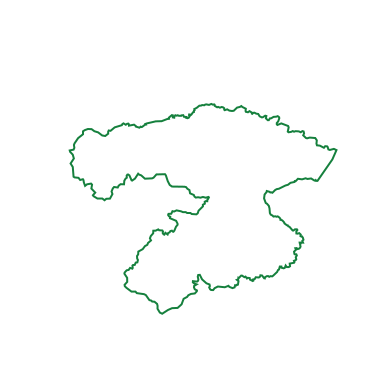 the district of Bafing, Bafing, Ivory Coast, rotated 305°
{"feature_id": "98640826B37750272367318", "entity_name": "Bafing", "entity_type": "district", "adm_level": 2, "iso_a3": "CIV", "parent_name": "Ivory Coast", "parent_adm1": "Bafing", "projection": "albers", "projection_center": [-7.651, 8.455], "detail": "fine", "context": "isolated", "style": "outline", "palette": "green", "viewbox_px": 384, "rotation_deg": 305, "n_neighbors": 0, "source": "geoboundaries", "source_scale": "gbopen_adm2", "svg_char_len": 6094}
<svg xmlns="http://www.w3.org/2000/svg" viewBox="0 0 384 384"><g transform="rotate(305 192 192)"><path d="M179.2,67.9L176.8,69.6L170.8,67.8L164.4,67.9L162.8,68.3L160.7,70.3L158.8,70.7L155.9,68.0L155.0,69.1L154.2,72.9L151.7,76.0L145.7,76.2L144.1,80.0L136.6,86.2L136.6,87.4L138.5,90.9L137.7,93.5L139.9,95.3L139.5,96.3L137.9,97.8L135.7,100.9L138.1,101.6L141.0,104.5L140.7,105.9L137.1,107.6L136.0,113.1L132.5,112.7L132.1,113.8L132.4,118.3L135.2,122.3L135.1,125.1L137.3,125.7L139.5,128.6L144.7,128.0L146.3,125.8L149.5,125.1L151.4,125.3L153.1,128.6L155.1,128.3L157.4,129.0L159.3,131.9L162.4,130.1L164.8,129.9L166.3,130.4L167.9,129.1L169.2,129.1L169.7,129.6L169.7,131.2L166.9,135.8L167.0,136.4L170.2,137.6L176.1,137.4L175.9,138.6L176.5,140.9L175.9,145.8L180.3,151.5L181.7,152.3L186.0,152.8L191.1,159.7L190.6,161.1L187.0,165.9L185.0,169.7L185.0,172.5L192.0,182.8L192.6,184.4L192.0,186.3L192.1,188.8L189.8,191.2L190.6,195.2L189.7,196.6L189.6,198.3L191.2,200.0L192.2,202.2L194.2,203.8L195.2,206.5L197.4,208.3L197.3,208.9L195.5,209.2L194.8,208.9L193.2,209.8L192.4,208.5L191.3,208.0L189.8,209.2L187.8,208.2L186.5,209.2L180.5,208.1L177.8,208.9L176.2,208.4L173.8,204.4L173.9,202.8L172.0,200.0L171.9,198.4L170.3,196.1L169.9,194.1L168.1,189.9L165.7,188.5L165.1,187.0L162.3,187.5L160.6,185.3L159.5,185.6L158.9,187.1L159.3,188.3L157.9,189.0L159.3,195.5L157.8,198.3L156.9,199.0L154.4,198.8L150.3,199.7L148.8,199.6L148.5,198.9L148.8,197.7L147.6,196.7L146.1,196.8L144.7,196.0L143.2,196.4L143.3,193.6L141.2,193.8L141.0,193.0L141.6,191.5L143.0,190.9L143.5,189.8L141.8,187.0L142.0,185.8L139.5,184.4L138.1,182.5L135.9,183.9L132.3,183.5L129.9,184.1L128.8,186.2L125.0,185.2L123.1,185.7L120.7,184.5L116.9,184.4L112.4,182.2L110.0,183.7L108.0,183.7L106.1,185.2L105.3,186.7L103.0,187.6L101.9,186.4L99.4,186.9L98.4,185.6L97.6,185.4L95.8,187.0L95.0,187.1L94.3,184.8L91.8,184.8L90.4,183.4L87.4,183.0L86.3,183.5L84.5,188.1L81.2,190.5L77.3,190.0L76.3,191.0L75.9,193.3L75.7,199.6L78.0,202.8L77.5,204.8L80.8,211.3L81.1,213.3L79.0,219.1L79.7,221.0L79.4,222.2L80.6,224.2L80.3,227.6L79.0,229.1L76.6,230.7L74.8,234.8L75.2,237.4L81.6,240.0L85.4,242.3L88.8,246.7L94.0,247.9L99.7,246.4L103.3,248.2L105.3,248.2L107.9,249.6L110.5,252.5L113.4,252.9L114.2,252.5L113.9,250.1L115.0,248.3L116.3,247.6L119.0,248.8L118.3,246.0L118.5,244.5L119.5,243.9L121.5,247.5L122.8,247.9L124.1,247.3L125.9,245.3L127.6,244.7L128.6,245.9L126.2,250.4L125.5,256.2L126.3,259.4L125.2,260.6L123.7,260.8L122.7,262.7L122.7,263.9L123.8,265.6L126.2,265.7L129.4,267.4L132.8,273.5L136.1,275.7L135.7,276.9L136.5,280.3L138.3,281.6L140.3,280.8L140.6,281.7L141.5,281.7L142.1,282.7L142.6,282.7L145.7,281.2L145.8,279.2L146.9,279.9L148.3,279.2L148.3,279.7L151.7,280.2L152.2,280.9L152.3,283.8L153.4,284.4L152.7,286.6L153.6,286.8L154.6,288.6L153.5,289.8L153.9,292.8L154.6,293.1L155.3,292.1L156.7,293.3L158.7,293.1L160.3,295.8L161.8,296.3L163.0,295.8L163.8,297.3L162.7,300.6L163.0,301.2L163.9,300.6L166.0,301.6L166.8,302.6L166.8,303.9L168.1,304.6L168.9,306.1L170.1,306.5L175.4,307.6L177.3,307.2L178.4,307.7L181.3,306.7L182.2,308.0L181.3,308.8L182.1,310.9L183.1,311.5L185.5,310.9L184.9,312.7L186.0,314.3L187.4,314.9L189.4,313.1L192.6,316.2L193.4,316.1L194.1,315.0L195.7,316.0L196.7,316.0L198.1,314.4L200.1,314.3L200.8,313.2L200.0,312.2L200.0,311.4L201.7,309.8L204.4,310.3L205.2,308.9L206.1,309.9L205.7,311.1L206.8,312.1L208.5,312.5L209.7,312.1L210.9,310.7L212.5,310.6L212.0,309.5L212.3,309.2L214.2,312.0L215.2,310.4L216.8,310.7L218.2,309.0L218.7,307.6L218.2,307.2L218.1,306.1L219.5,305.5L219.8,303.4L218.5,302.5L217.9,301.3L219.5,300.1L221.3,300.1L221.6,299.3L220.4,297.7L218.6,297.2L218.2,296.5L219.4,291.8L219.1,290.5L219.6,289.6L219.2,288.8L219.3,285.7L219.9,285.1L220.4,283.0L220.5,281.7L219.9,280.4L220.8,279.7L221.2,278.2L221.2,276.2L220.2,275.4L219.9,274.2L218.6,272.8L218.9,271.4L218.6,269.5L219.4,267.9L223.0,264.9L224.7,262.9L225.4,260.2L225.3,258.7L228.1,254.7L231.6,252.9L234.7,253.1L235.7,252.7L236.6,255.3L236.5,256.4L237.1,256.9L237.5,258.3L241.4,259.0L243.0,259.8L244.5,261.3L250.9,264.8L253.0,266.5L256.0,267.4L259.0,270.2L259.9,269.9L260.4,270.7L263.6,271.2L265.5,274.9L268.4,277.2L268.9,279.1L271.4,281.8L271.6,285.6L271.9,286.4L272.7,286.5L272.4,287.4L273.1,288.4L299.2,288.3L309.2,286.3L308.7,283.5L305.5,280.8L305.1,279.3L306.7,277.3L306.9,276.5L305.9,274.8L303.9,274.7L303.3,270.1L301.9,267.6L303.0,266.2L305.9,264.6L306.9,262.0L304.1,257.2L302.0,255.5L301.6,254.4L302.2,250.6L304.3,250.2L305.6,248.7L305.2,247.5L303.3,246.8L302.9,244.7L301.2,241.9L299.9,241.0L299.7,239.6L298.1,238.7L296.3,236.8L296.4,235.8L300.4,234.1L301.2,232.9L299.4,225.8L295.9,223.5L296.1,222.6L297.1,221.9L299.3,222.1L302.5,221.2L303.2,220.5L303.3,218.7L302.0,217.8L300.3,215.7L297.8,214.6L297.0,213.6L294.9,213.7L294.3,212.9L294.7,210.3L296.9,209.3L296.5,208.2L294.0,207.2L293.2,206.5L292.8,204.0L293.9,201.5L293.0,199.6L292.8,197.7L292.1,196.9L289.8,196.3L291.4,195.9L291.2,192.7L289.4,192.1L288.6,190.1L289.1,189.4L291.1,188.3L290.5,184.4L290.7,183.1L289.1,182.4L287.0,180.5L282.5,179.6L281.3,178.3L280.1,175.9L279.9,173.4L277.8,171.9L277.9,171.2L279.1,170.3L279.2,169.1L278.7,167.6L277.1,166.5L276.7,164.6L275.8,164.0L275.6,161.2L276.5,160.4L276.5,159.9L275.5,159.0L275.2,157.3L273.1,156.0L272.0,153.5L271.2,152.7L270.1,152.3L269.0,150.4L268.0,149.9L266.9,148.5L263.7,147.6L261.2,146.3L260.5,147.2L259.6,147.0L258.6,147.7L257.9,147.1L254.9,147.1L253.9,145.2L253.2,145.5L253.1,146.6L252.7,146.6L250.9,146.7L249.8,145.9L249.4,144.5L250.2,144.3L249.0,142.3L249.9,140.8L248.7,139.4L248.3,139.5L246.9,137.6L246.7,136.3L245.8,135.8L245.3,134.3L243.6,134.3L242.7,134.8L242.1,133.5L243.8,132.3L243.4,131.4L239.6,130.4L238.8,131.2L237.5,129.8L232.6,126.5L229.1,121.8L222.2,115.6L221.0,114.8L220.7,115.5L220.1,114.9L216.7,113.8L216.1,113.2L216.1,112.5L214.5,112.0L213.4,108.5L213.8,108.2L213.9,105.9L210.2,102.3L211.3,101.4L211.5,100.6L210.6,99.7L209.1,99.2L208.9,96.5L207.7,96.0L206.5,96.2L200.6,91.6L195.4,90.2L194.6,88.5L193.2,88.8L191.7,89.9L188.1,88.8L186.8,86.0L187.0,80.9L185.8,77.2L185.9,73.7L183.9,70.6L181.2,68.7L179.2,67.9Z" fill="none" stroke="#15803d" stroke-width="2"/></g></svg>